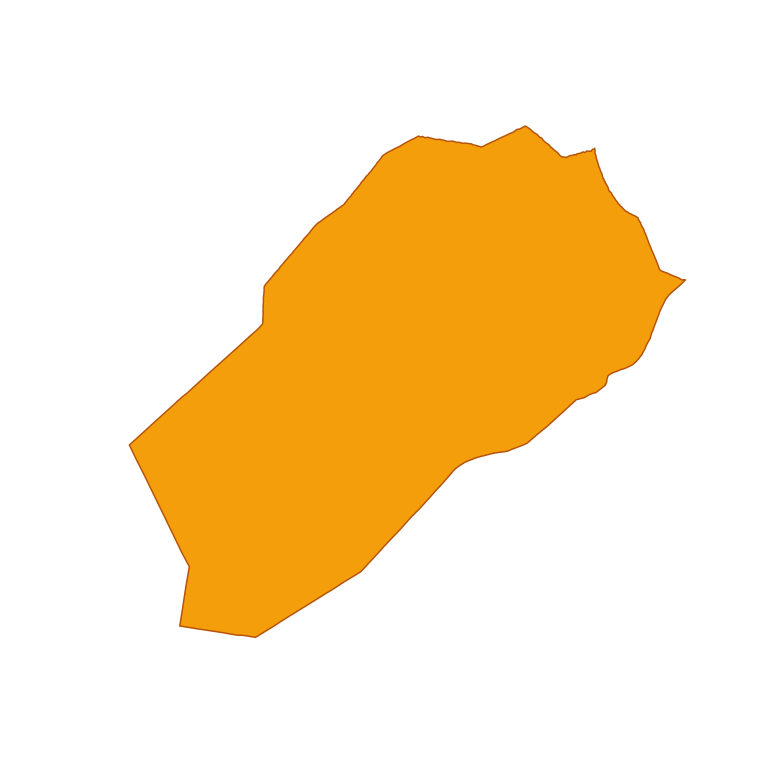 the district of Koungheul, Kaffrine, Senegal, rotated 225°
{"feature_id": "50182788B42114348275286", "entity_name": "Koungheul", "entity_type": "district", "adm_level": 2, "iso_a3": "SEN", "parent_name": "Senegal", "parent_adm1": "Kaffrine", "projection": "natural_earth1", "projection_center": [-14.806, 14.237], "detail": "fine", "context": "isolated", "style": "filled", "palette": "amber", "viewbox_px": 768, "rotation_deg": 225, "n_neighbors": 0, "source": "geoboundaries", "source_scale": "gbopen_adm2", "svg_char_len": 5711}
<svg xmlns="http://www.w3.org/2000/svg" viewBox="0 0 768 768"><g transform="rotate(225 384 384)"><path d="M244.5,670.6L245.1,670.4L246.9,668.3L250.8,667.3L253.3,666.2L256.0,665.0L258.8,663.8L261.7,662.9L267.4,660.1L270.2,659.8L274.1,661.7L279.1,663.9L288.6,667.7L297.4,671.4L304.4,674.7L305.1,674.8L305.5,675.1L306.1,675.3L307.0,675.6L308.0,676.1L308.9,676.5L309.7,677.0L311.2,677.4L312.0,677.7L312.9,677.7L315.5,678.7L316.3,679.3L317.8,679.6L319.0,679.9L320.4,680.2L321.9,681.1L323.7,680.7L325.1,680.4L326.5,679.8L328.1,679.2L329.7,678.9L331.3,678.1L332.8,678.0L334.7,677.4L335.8,677.1L337.6,677.1L339.2,677.1L340.7,677.3L342.6,676.9L344.0,677.3L345.8,677.2L347.4,677.6L349.0,677.8L350.7,677.9L352.1,678.4L354.0,678.6L355.2,678.9L355.9,679.0L356.7,679.2L357.4,679.4L358.1,679.8L358.4,679.9L359.5,679.8L359.8,679.8L360.7,679.8L362.0,679.8L363.3,680.7L364.1,681.2L365.4,681.6L367.1,682.2L368.7,682.6L370.3,682.8L370.7,683.4L372.3,683.6L373.0,684.1L373.9,684.5L374.6,684.4L376.3,685.3L377.9,686.4L379.0,686.9L380.6,687.3L382.7,688.3L384.2,689.1L385.4,689.5L386.2,689.8L387.6,690.8L389.3,691.6L391.8,692.8L392.7,693.5L394.6,694.4L395.5,695.2L396.3,695.7L396.4,695.8L397.1,696.0L398.2,696.5L399.0,697.4L400.2,698.6L400.9,699.0L401.6,699.5L401.6,698.7L401.8,698.2L402.4,697.6L402.5,697.1L402.2,694.9L403.4,693.8L404.2,693.0L405.4,692.1L405.4,690.1L405.9,689.7L407.5,688.7L408.2,686.3L409.0,685.1L410.3,683.1L410.2,682.2L411.5,680.8L412.6,678.7L413.8,677.3L414.7,675.0L415.5,672.7L417.3,671.9L418.2,670.6L418.5,670.5L420.6,670.0L422.4,670.1L425.0,670.4L428.2,669.8L431.7,669.7L434.1,669.4L436.6,669.8L440.3,669.0L443.6,668.9L446.5,669.4L448.4,668.6L452.2,668.7L456.7,667.6L460.7,667.6L464.8,666.8L466.5,666.2L466.8,666.0L467.0,664.9L467.4,663.2L468.4,660.2L469.7,658.5L470.3,656.7L470.4,654.5L471.4,651.7L472.4,649.4L473.6,645.7L475.2,641.7L475.6,640.6L476.5,637.9L477.6,634.5L479.3,630.2L480.6,626.4L482.1,621.8L483.1,620.1L485.4,619.0L488.4,617.3L490.1,616.1L491.9,615.6L494.7,613.4L496.9,611.8L498.3,610.1L501.4,608.3L503.4,606.3L505.8,605.0L507.0,604.4L508.8,602.6L510.4,600.6L513.5,599.0L515.8,597.5L517.4,596.6L520.4,593.4L522.4,592.4L524.7,591.0L527.5,589.4L529.3,587.0L531.8,586.3L532.8,584.6L535.0,583.6L535.4,582.0L536.2,579.5L536.6,577.7L537.4,576.3L538.1,573.4L538.9,571.0L539.6,568.9L540.1,566.6L540.7,564.3L541.1,562.5L542.1,560.1L542.7,558.3L543.2,556.7L543.7,555.1L544.2,553.2L544.8,551.6L545.3,550.0L545.6,548.0L546.0,546.8L546.2,545.0L546.4,543.9L546.2,543.5L546.1,543.0L545.9,542.4L545.8,541.1L545.6,539.5L545.4,538.6L545.3,537.1L545.4,536.2L545.2,535.4L544.6,532.8L544.4,531.0L544.5,530.9L544.2,529.0L544.0,527.1L543.6,525.8L543.7,523.2L543.3,520.7L543.4,517.6L543.1,516.4L542.8,514.5L542.7,512.7L542.6,510.6L542.2,509.0L541.9,507.7L541.8,505.3L541.4,504.0L541.6,502.3L541.3,501.5L541.2,498.3L540.8,497.0L540.8,495.1L540.3,493.7L540.3,491.7L540.1,490.3L540.1,488.2L539.9,487.4L539.7,486.3L539.6,485.0L539.4,483.7L539.2,482.6L539.3,481.6L539.8,480.0L539.9,478.8L540.1,477.7L540.2,476.8L540.6,474.7L540.8,473.9L540.8,472.8L541.1,471.1L541.4,469.3L541.5,468.4L541.6,467.8L541.7,467.6L541.8,466.9L541.9,466.4L542.1,465.5L542.2,465.2L542.4,464.1L542.7,461.8L543.0,460.8L543.1,459.6L543.5,457.6L543.6,456.1L543.9,454.4L544.2,452.7L544.5,451.6L544.6,450.9L544.6,450.4L544.6,449.6L544.6,448.3L544.6,446.7L544.5,445.0L544.3,443.1L544.1,440.8L543.8,439.2L543.6,437.1L543.5,435.1L543.5,434.5L543.3,433.3L543.4,431.6L543.2,429.6L542.9,427.7L542.8,425.7L542.7,424.6L542.5,423.4L542.4,421.6L542.3,420.1L542.1,418.4L542.0,416.7L541.8,415.1L541.8,413.7L541.6,412.6L541.4,411.7L541.4,410.8L541.4,409.6L541.4,408.1L541.3,407.1L541.1,405.1L541.0,403.8L540.9,402.7L540.7,399.9L540.6,398.3L540.4,397.2L540.4,395.9L540.3,394.5L540.1,392.4L539.7,391.7L539.6,389.8L539.6,387.9L539.5,385.3L539.3,383.1L539.1,381.7L538.8,379.7L538.8,378.0L538.6,376.2L538.4,374.1L538.3,371.6L537.9,369.6L537.9,368.8L537.3,368.1L536.5,366.8L535.5,366.1L534.0,364.3L532.9,363.0L532.4,362.4L532.0,361.9L531.9,361.7L530.4,359.9L529.4,358.8L527.2,356.7L524.8,353.8L522.5,351.7L520.9,349.7L519.1,348.3L517.4,346.3L515.3,343.9L514.2,342.8L513.3,341.9L512.3,340.3L512.0,332.8L512.7,322.6L513.5,304.4L514.5,286.4L515.5,268.3L516.3,250.2L516.8,238.3L517.6,232.1L518.4,214.0L519.3,195.9L519.7,187.2L520.1,177.8L520.9,160.8L505.5,155.4L489.3,150.1L473.3,144.6L457.2,139.0L447.5,135.7L447.2,135.6L441.0,133.4L425.4,128.0L409.0,122.2L392.5,117.2L381.0,100.9L369.3,85.0L357.3,68.5L341.5,79.9L326.1,91.3L310.6,102.3L305.7,106.8L295.7,114.0L291.9,130.0L291.7,130.9L291.5,131.4L289.2,142.2L287.0,151.9L283.9,165.2L280.9,177.8L277.2,194.0L274.7,204.1L273.3,211.0L273.0,212.5L272.2,216.3L267.7,234.6L267.7,237.8L268.1,245.7L268.4,253.6L268.7,261.5L269.1,268.8L269.2,271.6L269.4,278.3L269.6,285.0L269.7,291.8L270.7,309.2L270.7,321.2L271.5,337.4L272.0,345.8L272.3,354.5L273.5,371.6L273.6,375.1L272.9,379.4L271.5,385.7L269.9,389.6L267.1,396.1L264.8,400.5L264.4,401.1L264.1,401.6L263.8,402.2L263.0,403.4L259.6,409.2L256.9,413.6L251.2,421.0L249.1,424.0L247.3,428.6L246.7,429.8L242.3,439.6L240.9,443.7L240.2,453.8L239.4,463.1L238.7,469.2L238.1,482.4L237.5,495.7L236.9,508.9L232.7,515.9L231.1,522.2L228.0,528.2L227.6,531.2L226.8,538.2L226.7,539.5L228.0,543.0L229.4,544.5L230.8,547.0L231.3,548.0L231.2,550.1L230.5,552.7L229.9,554.2L229.3,555.8L228.2,557.9L226.9,561.3L225.3,564.1L224.0,567.1L223.3,569.1L222.0,572.8L221.7,574.8L221.6,578.1L221.7,581.2L222.2,584.8L222.4,587.2L223.0,588.7L224.4,593.6L225.2,595.1L226.6,599.2L228.0,604.4L230.4,608.6L232.6,613.8L234.0,616.7L238.0,625.6L240.2,630.2L240.5,630.9L242.0,635.1L244.7,642.9L245.5,648.5L245.3,653.8L244.7,660.8L244.5,664.6L244.5,668.9L244.5,670.6Z" fill="#f59e0b" stroke="#b45309" stroke-width="1.5"/></g></svg>